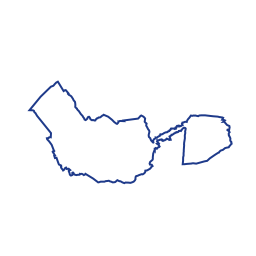 the district of San Simón Almolongas, Oaxaca, Mexico, rotated 47°
{"feature_id": "50627088B54769814665330", "entity_name": "San Simón Almolongas", "entity_type": "district", "adm_level": 2, "iso_a3": "MEX", "parent_name": "Mexico", "parent_adm1": "Oaxaca", "projection": "mercator", "projection_center": [-96.713, 16.412], "detail": "fine", "context": "isolated", "style": "outline", "palette": "blue", "viewbox_px": 256, "rotation_deg": 47, "n_neighbors": 0, "source": "geoboundaries", "source_scale": "gbopen_adm2", "svg_char_len": 5791}
<svg xmlns="http://www.w3.org/2000/svg" viewBox="0 0 256 256"><g transform="rotate(47 128 128)"><path d="M46.3,147.7L45.9,149.1L45.8,149.8L45.9,150.7L45.9,151.6L46.1,152.8L46.2,153.8L45.2,156.2L45.5,170.5L47.8,187.9L50.2,185.5L51.2,185.1L52.7,185.7L53.9,185.5L57.0,186.2L79.2,187.8L82.1,190.8L81.5,191.2L81.0,192.2L81.2,192.9L80.2,194.3L81.1,194.8L84.1,194.8L88.2,195.3L94.0,197.6L95.4,197.7L93.9,198.1L94.0,199.3L98.3,200.1L98.0,200.9L100.2,201.9L101.0,200.6L106.5,203.0L107.6,203.4L109.8,202.5L110.3,203.2L110.7,203.1L110.9,203.3L111.1,203.8L111.6,204.0L113.4,204.2L114.0,204.0L114.4,204.3L114.8,204.4L114.9,203.9L114.9,203.1L114.7,202.1L114.4,201.2L114.7,200.3L116.2,200.7L117.3,199.2L119.3,199.0L119.0,200.2L118.9,200.5L119.4,200.9L120.9,201.4L122.4,202.3L123.6,202.3L124.0,201.9L124.3,201.1L124.4,200.6L123.7,199.9L122.9,199.5L122.8,199.3L122.9,198.8L123.0,198.6L123.6,198.5L123.8,198.6L124.8,198.9L125.5,198.9L126.3,198.5L127.3,197.8L127.8,196.9L129.1,195.3L128.9,194.8L129.1,194.8L129.3,193.9L130.1,193.0L131.9,192.4L132.3,192.4L132.7,191.1L132.5,190.4L141.1,188.0L147.4,186.9L147.8,186.4L148.6,184.6L150.6,182.5L151.2,181.8L151.7,180.5L152.7,179.2L153.5,178.0L154.7,177.6L155.8,176.9L157.4,176.2L158.2,175.2L158.8,174.2L158.9,171.4L161.0,170.6L161.9,169.8L163.9,169.2L165.8,168.3L166.2,167.0L168.2,165.0L169.8,163.6L170.5,162.1L171.1,160.5L171.0,158.7L170.6,157.5L169.9,156.9L169.4,156.3L168.8,155.4L168.8,154.7L169.5,153.6L169.9,152.2L171.1,149.5L171.9,148.9L172.1,148.0L172.2,146.6L172.0,145.7L171.7,145.1L171.0,144.4L172.0,143.0L172.2,142.3L172.5,140.9L172.7,140.3L172.8,139.7L172.7,139.1L172.7,138.3L172.4,137.7L172.6,136.0L171.1,135.7L169.7,136.9L168.7,136.4L167.9,134.9L168.0,131.8L167.6,131.0L166.3,129.8L163.9,127.0L162.1,123.4L162.5,123.5L162.1,123.1L161.4,122.6L161.6,122.3L161.5,121.9L161.5,121.5L162.0,121.4L162.8,121.1L162.9,120.9L162.5,120.1L162.5,119.9L163.1,118.5L163.2,118.1L163.1,117.5L162.1,117.4L161.7,117.0L161.3,116.9L160.6,117.3L159.8,117.5L159.6,117.5L160.1,116.9L160.3,116.0L157.8,116.0L157.6,115.9L157.4,115.1L157.1,114.9L157.3,114.8L157.2,114.7L157.5,114.3L158.0,113.8L158.5,112.7L158.4,112.6L159.3,111.1L159.6,111.0L160.4,111.6L160.6,111.6L161.2,111.3L161.0,110.6L161.6,110.3L162.1,109.3L162.1,108.3L162.4,107.8L162.5,107.6L162.2,107.0L162.2,106.9L163.3,106.4L163.7,106.1L164.8,105.6L165.0,105.8L165.7,104.8L162.5,103.4L163.0,101.4L162.6,100.8L163.2,100.2L163.2,99.6L163.5,98.9L163.4,97.9L163.8,97.2L163.7,96.5L164.1,96.2L164.2,95.8L164.3,95.6L164.1,95.4L164.2,95.1L164.9,94.6L165.1,93.9L165.1,93.5L164.8,92.9L165.5,92.1L165.6,91.6L166.3,91.3L166.1,90.5L165.7,88.3L165.9,87.3L166.1,86.8L166.6,86.4L167.2,86.1L167.9,86.3L169.5,88.6L170.7,89.5L172.0,91.3L172.6,91.9L174.3,93.4L174.7,93.9L177.0,96.9L178.3,98.3L178.7,98.5L182.3,102.4L183.0,103.0L184.2,104.4L186.2,106.3L186.9,107.5L188.4,109.0L189.3,109.8L191.2,112.0L191.8,112.7L193.2,111.1L194.2,109.7L197.3,105.8L197.4,105.5L198.2,104.4L200.6,102.4L204.5,94.9L205.3,93.6L206.0,92.5L206.0,88.9L206.8,83.5L207.1,81.7L207.5,79.6L207.7,78.7L208.0,78.1L207.7,77.4L207.7,75.7L208.7,73.5L208.9,70.7L209.7,69.2L210.8,67.5L210.8,67.3L210.5,66.6L210.4,65.6L210.4,65.0L210.1,63.8L210.2,63.0L210.0,62.9L209.8,62.7L208.5,61.9L208.1,62.1L207.1,61.8L206.6,61.5L205.4,60.2L203.5,59.5L203.3,59.6L202.7,59.4L202.2,59.3L201.9,59.0L201.9,58.9L201.1,58.5L200.8,58.2L200.4,57.2L200.4,56.6L199.9,56.4L199.2,56.4L196.5,56.8L197.2,56.3L198.2,55.8L198.4,55.4L196.8,53.2L195.6,52.5L193.4,53.5L190.0,53.4L189.1,53.2L188.5,54.0L188.5,52.0L187.6,52.4L186.2,53.5L186.0,52.7L185.5,51.6L185.0,52.0L184.7,51.8L184.2,52.3L183.6,52.6L182.6,53.5L180.9,54.6L177.4,57.8L171.3,63.0L167.9,66.7L167.4,67.6L167.2,68.6L164.6,70.4L164.4,70.8L163.6,71.5L163.0,72.6L161.8,73.5L162.3,76.0L162.4,77.1L162.4,77.4L162.6,78.7L163.3,80.5L163.6,80.9L163.0,81.3L162.7,81.7L162.3,82.2L162.1,82.9L161.2,84.5L161.7,84.9L161.6,85.5L162.4,85.8L163.2,86.2L162.9,86.6L162.6,86.8L162.7,87.9L162.3,88.2L162.2,89.0L161.7,89.6L161.1,89.1L160.6,89.5L160.5,90.0L159.9,90.7L159.9,91.0L160.5,91.7L160.0,92.8L160.1,93.0L160.8,93.1L160.7,93.6L161.0,93.8L160.9,93.9L160.7,93.9L160.4,94.6L159.9,94.5L159.1,95.5L158.9,95.6L158.4,96.3L157.8,96.7L157.7,97.1L158.1,97.6L158.2,97.8L158.1,98.2L158.3,98.5L158.3,98.8L158.3,99.1L158.1,99.3L158.0,99.5L158.3,100.1L157.8,101.1L157.7,101.7L157.9,102.0L157.7,102.4L156.8,103.6L156.3,105.1L156.2,106.1L155.8,107.2L155.8,107.5L155.7,107.9L154.7,108.6L155.2,109.6L155.1,109.9L155.4,110.1L154.8,112.3L154.9,113.4L153.8,114.2L154.2,114.5L154.2,115.3L153.9,116.4L154.3,117.1L154.2,117.0L154.2,118.0L154.1,119.0L154.8,118.8L155.8,119.1L156.2,120.1L155.8,119.7L155.3,119.6L154.8,119.6L153.1,119.6L152.3,119.4L151.3,119.0L150.7,118.7L148.8,118.8L147.6,118.0L147.1,117.5L145.5,115.1L144.9,114.6L144.0,114.2L143.2,114.2L142.1,114.0L140.6,113.5L138.8,113.1L138.4,112.8L137.4,111.4L135.7,111.6L134.8,111.5L132.7,109.0L131.4,108.9L130.1,109.0L127.9,109.8L127.7,110.6L127.9,112.2L128.0,114.2L119.4,126.2L120.2,126.3L119.0,127.5L117.7,128.7L117.2,129.4L116.9,130.3L116.7,130.5L116.9,130.6L117.1,130.7L117.5,132.0L117.5,133.2L116.9,133.5L114.4,134.0L111.0,134.1L106.2,134.8L101.7,136.8L101.7,137.7L101.4,138.5L101.3,140.9L101.0,141.5L100.4,142.1L100.2,142.6L100.2,143.6L99.8,144.0L99.8,145.1L99.8,145.9L100.2,146.7L99.8,147.3L98.5,148.0L98.0,148.5L97.8,149.0L97.2,149.2L96.1,149.5L94.4,148.9L93.3,148.8L92.8,149.5L92.9,150.5L93.4,151.3L93.4,153.1L93.3,153.6L92.8,153.8L92.2,154.0L91.0,153.5L89.2,153.3L88.3,153.0L85.6,153.0L82.1,152.4L80.8,152.5L79.5,152.4L79.0,152.1L77.5,152.3L76.6,152.2L75.4,150.9L74.0,149.8L72.8,149.0L72.0,148.9L70.8,148.9L68.9,148.3L68.1,148.2L66.5,147.9L65.9,147.9L64.5,148.2L63.6,148.6L62.9,148.6L62.0,148.6L61.8,148.2L61.9,147.9L57.9,147.7L57.4,148.2L57.1,149.9L46.3,147.7Z" fill="none" stroke="#1e3a8a" stroke-width="2"/></g></svg>